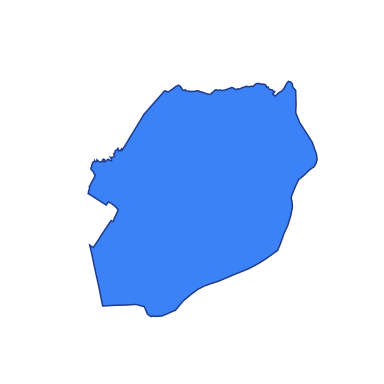 Capital, Corrientes, Argentina (Mercator projection), rotated 203°
{"feature_id": "61730980B72419299069197", "entity_name": "Capital", "entity_type": "district", "adm_level": 2, "iso_a3": "ARG", "parent_name": "Argentina", "parent_adm1": "Corrientes", "projection": "mercator", "projection_center": [-58.741, -27.521], "detail": "fine", "context": "isolated", "style": "filled", "palette": "blue", "viewbox_px": 384, "rotation_deg": 203, "n_neighbors": 0, "source": "geoboundaries", "source_scale": "gbopen_adm2", "svg_char_len": 4065}
<svg xmlns="http://www.w3.org/2000/svg" viewBox="0 0 384 384"><g transform="rotate(203 192 192)"><path d="M293.6,182.6L293.5,182.4L294.0,181.8L294.4,181.4L295.0,180.1L294.7,179.0L294.9,177.8L294.2,176.9L294.2,175.8L294.5,174.9L294.1,173.8L293.2,173.1L292.0,172.6L291.1,172.2L290.3,172.0L289.9,171.0L289.0,170.4L287.8,169.8L287.8,168.7L287.8,168.4L287.6,166.8L287.8,165.0L288.0,163.7L288.2,162.7L288.2,161.5L288.3,160.0L288.1,158.6L288.7,157.5L288.4,156.6L288.3,156.2L288.2,155.9L288.1,155.7L287.7,155.1L287.6,154.3L287.6,153.1L287.4,151.7L286.8,150.8L286.9,150.5L287.0,149.9L284.9,149.7L278.9,148.7L273.8,147.8L265.8,146.5L265.2,150.1L261.9,150.0L260.7,149.7L258.5,149.2L255.7,148.1L253.0,146.8L253.0,143.4L253.2,136.6L253.1,133.9L255.3,134.1L258.1,119.5L259.7,110.0L261.2,102.3L265.4,103.1L259.4,94.9L251.8,83.9L240.6,68.2L233.2,57.3L232.4,56.1L231.6,55.0L229.7,52.2L228.5,52.7L225.5,54.2L219.5,57.2L218.0,57.9L211.3,60.9L209.1,61.9L199.5,66.7L198.2,66.8L190.9,67.8L189.1,65.9L185.4,62.3L181.3,61.3L179.4,62.4L177.7,63.0L175.1,64.1L171.3,66.2L171.1,66.2L170.7,66.7L165.8,71.7L162.6,75.2L162.0,75.7L161.1,76.5L157.7,87.8L156.4,90.5L155.8,91.6L153.2,96.8L149.0,104.1L148.0,105.4L146.4,107.3L143.8,110.5L140.4,113.6L132.6,120.4L130.0,123.1L121.9,131.5L118.5,134.9L116.1,137.3L112.2,141.2L110.0,143.4L103.2,151.8L98.0,159.2L95.9,162.6L93.1,167.2L92.5,168.2L90.7,171.1L90.3,172.6L90.4,174.2L90.4,177.4L90.4,178.9L91.0,188.0L91.1,189.2L90.9,195.1L90.8,197.3L90.8,198.9L91.1,201.6L91.8,208.4L93.1,214.9L93.6,217.2L94.7,219.5L96.4,222.7L97.5,223.8L97.9,224.7L98.8,226.5L98.9,229.1L98.9,229.6L99.0,237.4L98.7,245.1L97.1,248.0L95.8,250.4L92.6,258.0L92.2,258.7L91.7,259.4L91.0,260.7L89.6,262.7L89.3,264.2L89.1,266.6L89.0,267.3L89.3,268.8L89.6,271.0L91.4,274.1L91.8,274.8L93.5,276.8L94.1,277.5L95.9,279.4L98.7,282.5L100.6,284.6L106.1,288.5L115.5,294.9L119.9,297.8L122.1,300.1L126.4,304.4L127.5,305.5L128.1,307.0L130.5,313.5L133.4,319.8L136.3,326.1L137.2,326.6L138.3,327.0L139.8,327.6L140.7,328.8L141.5,330.1L141.8,330.4L142.2,330.9L143.5,331.6L145.0,331.8L146.5,331.5L146.9,330.1L147.3,328.6L147.4,327.4L147.5,325.9L147.7,324.8L147.7,323.5L148.2,322.1L148.5,320.5L149.4,319.1L150.3,318.2L151.0,317.1L151.8,315.4L152.3,314.2L152.5,312.9L154.2,313.1L156.1,313.9L155.3,315.5L155.0,316.7L156.5,316.6L158.0,317.3L159.7,317.0L160.9,316.8L162.1,317.2L163.0,318.4L164.5,317.7L165.1,318.3L165.6,319.2L167.1,319.4L168.9,319.0L170.5,318.4L172.2,318.1L173.8,317.7L175.1,316.9L175.9,315.7L176.4,314.3L177.1,313.0L178.2,312.8L179.3,312.2L179.9,311.5L181.1,311.1L182.5,310.8L183.5,310.2L184.9,308.9L186.0,308.2L187.2,306.8L188.3,305.7L189.4,305.0L190.7,304.5L191.4,303.6L192.3,303.5L193.3,303.6L194.3,303.8L195.4,303.9L196.6,303.6L197.1,302.6L198.4,301.8L199.5,300.3L200.7,299.7L201.6,298.5L202.7,298.1L203.8,297.2L205.4,297.1L206.6,296.6L207.9,295.6L209.0,295.7L210.0,295.4L210.9,294.3L211.0,294.0L211.3,293.4L211.6,292.1L212.5,291.0L212.5,289.8L212.8,289.6L213.3,289.0L213.8,288.7L215.4,288.5L215.5,288.4L216.0,288.3L216.4,288.1L217.6,288.2L218.5,288.0L219.5,287.9L220.5,288.1L221.7,288.0L222.9,287.5L224.5,287.5L225.4,287.7L226.5,287.4L227.5,286.8L228.3,286.1L229.9,285.1L231.0,284.8L232.0,284.3L233.1,283.7L234.2,283.8L235.6,282.9L237.0,283.0L238.2,283.5L238.5,283.1L238.8,282.6L239.8,282.2L241.3,282.7L242.6,284.0L244.0,284.5L245.0,285.1L246.2,285.0L247.3,283.7L248.1,282.7L248.9,281.5L249.3,280.6L250.0,279.2L251.0,278.1L251.8,276.5L252.1,275.6L253.0,275.1L254.4,274.6L255.8,274.8L256.0,274.7L256.6,274.4L256.9,274.0L266.5,245.0L272.5,203.7L273.6,204.4L273.9,203.3L273.6,202.1L274.4,202.1L275.5,201.2L276.2,202.2L277.2,203.3L277.6,201.5L278.7,200.2L278.6,199.1L278.4,197.7L278.9,196.3L278.1,195.8L277.2,194.4L278.0,193.5L279.1,192.5L280.7,192.1L279.6,191.4L278.3,190.0L279.0,188.8L280.2,189.0L281.5,189.5L282.5,188.8L282.9,187.7L283.8,186.0L284.7,185.4L285.1,186.3L285.0,187.5L286.1,187.9L286.9,186.4L286.5,185.2L287.4,184.2L288.2,183.8L289.3,183.7L290.9,184.1L292.1,184.5L291.7,182.9L292.7,182.2L293.0,182.2L293.6,182.6Z" fill="#3b82f6" stroke="#1e3a8a" stroke-width="1.5"/></g></svg>